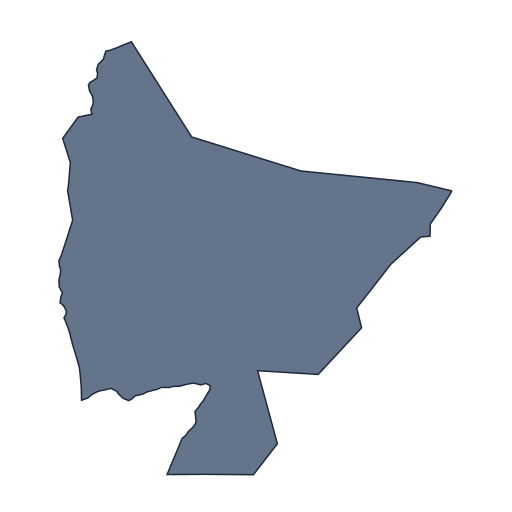 Santa María Tataltepec, Oaxaca, Mexico (orthographic projection), rotated 178°
{"feature_id": "50627088B49093080347396", "entity_name": "Santa María Tataltepec", "entity_type": "district", "adm_level": 2, "iso_a3": "MEX", "parent_name": "Mexico", "parent_adm1": "Oaxaca", "projection": "orthographic", "projection_center": [-97.385, 17.136], "detail": "fine", "context": "isolated", "style": "filled", "palette": "slate", "viewbox_px": 512, "rotation_deg": 178, "n_neighbors": 0, "source": "geoboundaries", "source_scale": "gbopen_adm2", "svg_char_len": 1566}
<svg xmlns="http://www.w3.org/2000/svg" viewBox="0 0 512 512"><g transform="rotate(178 256 256)"><path d="M81.4,269.7L80.7,281.9L69.4,296.9L60.2,310.6L59.5,311.5L58.2,314.2L92.1,323.7L208.2,339.4L316.1,377.2L373.0,474.3L373.0,474.5L381.7,471.4L387.2,469.2L391.2,467.9L394.5,466.8L398.9,466.0L400.3,462.2L401.7,457.9L404.1,455.7L406.8,453.4L408.9,447.7L407.9,444.0L408.7,439.5L412.5,437.1L415.8,435.3L417.5,432.7L416.6,426.9L414.0,421.7L413.4,418.3L413.3,415.2L414.1,411.8L416.0,408.4L415.1,403.4L428.9,401.1L445.1,380.3L438.3,355.9L440.8,334.4L442.0,327.8L438.0,298.1L450.4,263.7L453.1,258.2L452.8,252.9L451.7,248.8L452.4,244.1L453.8,238.6L453.7,231.9L450.7,226.0L452.5,221.8L453.4,216.0L451.1,214.2L449.3,211.7L447.4,207.4L448.0,204.2L450.1,200.9L448.2,196.2L445.4,187.7L442.3,173.5L439.1,161.5L436.5,151.1L435.9,144.5L435.2,130.6L435.4,117.9L429.0,120.0L425.4,122.9L420.6,125.4L415.7,126.9L412.0,127.4L408.6,128.2L405.5,128.7L400.1,125.8L398.3,123.0L393.6,118.3L388.2,115.9L385.3,117.3L381.6,120.5L373.9,121.9L370.2,123.8L367.1,124.5L363.6,125.4L359.4,126.2L355.2,128.0L347.5,127.6L343.1,128.6L337.6,128.4L329.7,130.2L322.9,131.2L315.6,129.1L310.6,130.4L308.8,129.4L306.2,127.9L306.9,123.9L309.2,120.3L311.8,116.4L313.6,113.3L316.7,109.9L318.7,106.8L322.4,102.7L322.3,102.0L322.1,99.1L321.9,95.7L321.6,92.4L323.3,89.1L326.5,85.7L329.7,83.0L332.4,79.1L336.0,76.6L352.5,40.7L314.8,39.6L266.2,37.5L241.2,67.6L258.4,141.3L198.0,135.5L153.0,180.6L157.2,200.6L145.9,213.9L121.5,243.1L90.8,269.2L81.4,269.7Z" fill="#64748b" stroke="#1e293b" stroke-width="1.5"/></g></svg>